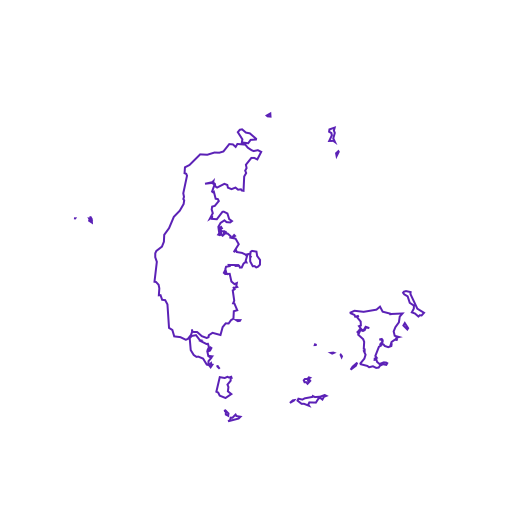 Mornington, Queensland, Australia, rotated 306°
{"feature_id": "25037944B95382354250521", "entity_name": "Mornington", "entity_type": "district", "adm_level": 2, "iso_a3": "AUS", "parent_name": "Australia", "parent_adm1": "Queensland", "projection": "mercator", "projection_center": [139.442, -16.684], "detail": "fine", "context": "isolated", "style": "outline", "palette": "violet", "viewbox_px": 512, "rotation_deg": 306, "n_neighbors": 0, "source": "geoboundaries", "source_scale": "gbopen_adm2", "svg_char_len": 6185}
<svg xmlns="http://www.w3.org/2000/svg" viewBox="0 0 512 512"><g transform="rotate(306 256 256)"><path d="M159.0,247.3L157.2,249.2L159.9,253.1L159.3,259.3L160.7,264.3L162.4,265.3L164.2,264.4L168.3,266.0L171.2,273.7L178.9,270.8L183.7,271.1L185.3,273.5L189.5,273.5L192.0,274.6L198.3,270.5L201.1,272.7L204.9,266.4L204.3,265.3L207.0,264.7L214.5,257.4L216.5,258.2L217.4,255.7L217.2,256.9L219.9,259.0L220.3,257.6L222.8,256.4L220.6,255.1L220.9,251.1L226.1,245.2L223.3,241.7L223.5,239.9L225.2,239.6L225.0,241.8L227.4,238.9L229.7,238.1L232.2,240.5L232.8,239.3L237.6,246.1L236.5,246.0L238.2,248.2L237.2,249.8L238.3,251.2L242.4,250.4L244.4,250.8L245.2,252.1L246.2,250.4L250.4,248.9L251.0,246.7L250.3,242.9L247.9,238.1L248.9,236.6L246.1,235.7L255.4,235.1L258.0,229.3L255.8,224.4L257.1,223.8L257.5,219.8L256.0,217.7L251.9,216.9L255.1,216.7L258.2,218.0L256.6,216.1L257.3,215.7L255.9,213.9L256.2,212.5L252.9,215.1L251.6,214.5L251.1,212.9L252.8,212.9L257.5,208.4L262.0,207.9L266.3,209.5L266.1,212.3L268.0,215.4L270.1,216.0L270.1,212.6L273.6,207.9L272.9,203.8L272.0,202.9L262.7,202.7L260.2,198.6L261.4,197.8L258.9,196.8L265.2,195.9L267.6,192.8L270.2,191.5L272.3,193.2L278.6,193.6L279.6,191.7L278.6,189.7L283.2,184.2L282.3,183.9L282.3,182.6L288.7,180.7L289.5,179.7L289.1,177.3L284.5,172.3L290.1,177.3L291.6,177.5L290.3,178.1L290.2,180.3L288.4,182.2L288.5,184.3L295.8,188.0L296.6,191.0L294.8,193.1L295.7,196.9L299.3,199.2L299.1,202.5L301.1,204.6L300.6,205.9L301.4,207.6L313.4,199.7L317.3,199.3L318.7,197.1L321.6,196.7L323.9,194.2L332.6,194.6L334.3,196.9L334.9,200.3L343.3,199.0L342.7,195.3L339.5,192.4L339.0,190.3L338.8,185.7L339.8,181.9L335.7,175.1L332.3,175.4L332.7,171.7L330.8,168.6L321.4,168.2L318.0,165.6L315.3,161.6L309.3,157.1L305.4,151.1L290.5,148.7L286.0,146.4L281.0,149.5L281.5,151.2L280.4,153.0L264.0,160.3L261.5,163.0L259.4,163.7L258.8,165.2L255.5,166.9L247.8,167.7L239.4,166.5L227.4,169.3L219.2,169.3L213.4,173.1L208.3,174.4L201.5,172.4L199.0,172.9L195.8,175.2L193.0,179.2L175.5,189.0L176.2,190.4L175.5,194.1L173.0,196.8L167.1,200.5L168.2,201.8L165.4,205.8L166.9,208.5L164.8,212.8L146.7,227.9L147.0,231.8L142.9,237.1L145.9,242.5L147.0,248.5L148.9,249.6L153.8,249.8L157.1,248.9L159.0,247.3ZM262.3,417.5L266.1,416.2L269.9,417.5L270.8,419.2L272.3,418.7L270.9,418.8L270.9,418.0L272.5,417.6L274.5,419.3L273.0,415.1L275.9,411.7L280.4,410.6L286.3,410.6L291.5,407.9L295.6,408.3L288.1,398.9L287.2,399.4L288.2,398.3L285.4,391.2L287.9,386.1L283.4,385.0L274.1,375.9L269.6,367.9L265.8,365.7L265.3,366.2L266.2,370.3L265.2,372.0L268.0,374.2L265.9,373.7L264.5,379.2L261.4,381.7L259.8,380.6L258.5,384.7L259.1,386.7L263.2,386.3L264.3,390.0L262.8,386.9L259.9,387.5L258.2,386.6L257.0,382.2L257.0,383.3L254.1,382.8L253.8,383.6L256.6,384.2L252.4,385.0L251.7,391.6L250.1,394.0L244.3,397.7L244.4,398.7L242.6,400.0L243.0,398.3L240.5,402.7L236.6,404.0L230.5,403.6L230.0,404.3L232.5,410.7L232.5,412.9L235.5,415.4L236.1,419.0L237.8,420.8L240.2,420.8L243.1,422.4L244.5,425.4L246.4,425.2L246.3,424.0L245.1,421.9L241.2,419.4L241.5,416.2L242.9,414.3L241.7,413.0L242.8,412.3L244.6,413.5L245.3,411.3L254.8,408.8L256.8,409.7L257.6,408.4L260.6,408.6L262.3,407.5L261.0,404.9L262.8,406.5L262.3,408.0L261.0,408.9L257.9,409.2L259.4,411.0L258.9,413.1L260.0,416.6L262.7,418.4L263.5,418.0L262.3,417.5ZM154.6,260.9L155.4,261.2L154.9,260.0L156.7,254.0L153.5,251.0L150.5,250.7L141.5,258.5L139.3,263.8L139.4,267.1L140.7,268.5L141.9,273.5L139.2,280.0L139.8,281.6L143.0,279.4L147.3,279.7L147.0,276.3L150.0,272.9L152.5,274.4L155.3,274.0L155.3,273.1L151.9,273.6L151.5,272.1L154.6,271.5L156.7,268.7L155.7,267.7L154.6,260.9ZM138.9,302.4L136.7,297.9L122.9,303.7L123.3,305.7L121.7,308.7L123.2,314.8L129.8,317.2L130.0,312.8L133.8,310.7L135.2,308.5L140.2,308.8L142.5,307.1L143.1,307.8L143.7,306.9L141.8,305.6L141.5,303.9L138.9,302.4ZM346.8,183.4L350.2,187.5L350.9,187.2L351.6,178.9L349.9,175.3L350.3,170.3L348.6,168.7L345.5,168.5L342.4,176.4L339.6,177.8L342.6,183.4L346.8,183.4ZM305.2,424.9L308.8,425.3L308.2,417.5L316.0,403.3L317.7,402.3L315.8,398.0L314.0,396.6L312.7,396.6L312.1,398.4L312.5,402.4L308.5,407.9L308.7,412.9L306.2,414.6L302.0,415.2L302.9,418.4L302.5,423.0L304.3,423.3L305.2,424.9ZM175.3,384.6L169.5,379.1L167.1,377.9L165.5,374.2L163.4,374.6L163.2,379.7L164.6,381.6L166.0,386.9L166.5,385.6L168.9,385.2L172.6,390.6L177.8,390.3L179.0,392.0L178.9,394.1L182.0,393.7L184.2,395.1L183.9,393.3L179.9,390.6L176.5,386.6L176.1,384.3L175.3,384.6ZM252.1,251.6L248.2,254.5L245.8,259.4L247.0,260.9L246.9,262.9L248.5,263.9L251.3,264.3L255.2,261.6L256.7,256.9L259.8,253.8L257.8,249.8L256.2,249.2L252.6,251.2L252.2,253.1L252.1,251.6ZM399.8,244.7L398.3,246.4L392.1,247.6L394.6,250.9L394.6,252.9L396.6,249.4L401.9,247.4L403.2,245.3L406.1,244.2L401.6,241.0L399.5,242.1L399.8,244.7ZM111.3,332.0L110.3,330.5L108.1,331.5L105.9,330.6L114.3,337.5L116.8,337.9L115.0,334.2L115.7,332.7L111.3,332.0ZM182.9,372.8L186.2,373.2L185.6,371.5L186.3,371.0L187.2,372.0L187.5,370.6L189.2,371.3L188.9,370.1L186.9,370.0L185.1,367.8L183.5,367.7L182.4,369.5L183.4,370.8L182.9,372.8ZM112.4,326.3L113.1,321.9L111.9,321.3L112.8,322.6L110.0,324.8L110.4,327.4L112.4,326.3ZM285.5,421.6L287.0,421.5L289.2,415.8L286.4,416.1L285.5,421.6ZM229.2,400.6L223.2,399.2L219.7,399.4L225.9,401.3L229.2,400.6ZM142.9,282.6L140.1,282.1L139.3,284.7L142.4,284.6L141.9,283.7L142.9,282.6ZM189.1,101.1L188.2,99.0L187.2,100.9L186.4,99.5L186.6,103.6L189.4,101.3L190.2,99.4L189.3,98.7L189.9,99.6L189.1,101.1ZM384.2,262.5L388.9,261.7L389.2,261.0L386.2,260.4L384.2,262.5ZM377.3,185.8L379.7,183.8L375.9,182.1L375.8,183.3L377.3,185.8ZM192.6,279.6L194.1,281.1L194.9,281.0L192.5,277.6L192.6,279.6ZM157.1,369.8L161.4,371.7L161.9,371.7L160.8,370.6L157.1,369.8ZM257.9,210.2L256.9,211.3L258.4,212.1L259.0,210.7L257.9,210.2ZM221.6,373.5L221.8,375.0L223.5,376.0L223.3,375.3L221.6,373.5ZM260.1,226.0L257.3,225.8L257.1,226.0L259.9,227.2L260.1,226.0ZM251.3,248.4L253.1,248.7L251.7,247.5L251.3,248.4ZM147.5,276.6L148.5,279.3L149.0,279.4L147.5,276.6ZM143.4,292.9L144.3,289.8L144.9,289.0L143.9,289.7L143.4,292.9ZM218.5,355.9L219.6,357.3L219.2,355.7L218.5,355.9ZM224.5,384.7L225.4,384.5L226.0,382.6L225.7,382.6L224.5,384.7ZM180.2,87.6L179.5,86.6L180.1,87.6L180.2,87.6Z" fill="none" stroke="#5b21b6" stroke-width="2"/></g></svg>